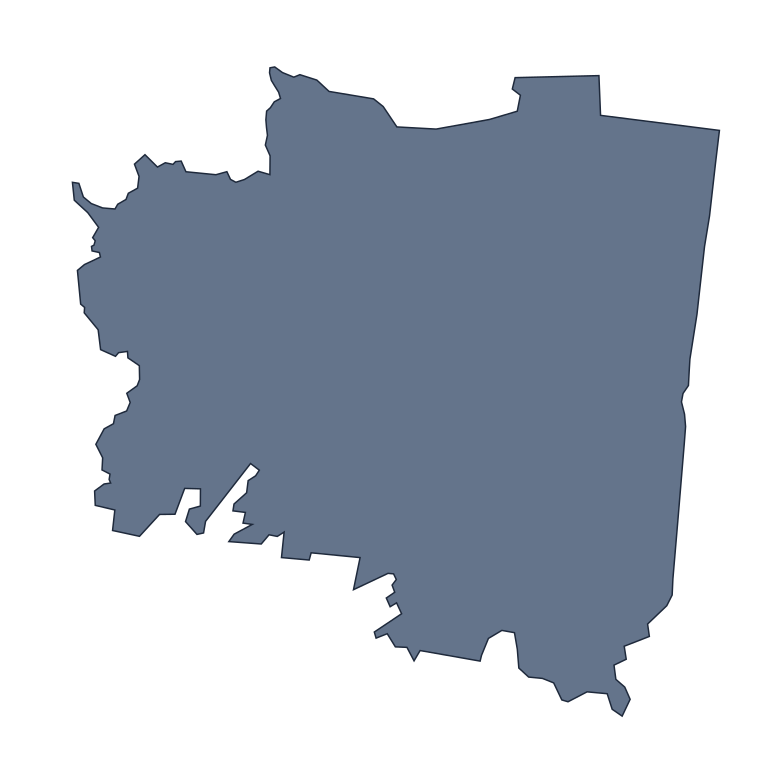 the district of Farish, Jizzakh, Uzbekistan, rotated 93°
{"feature_id": "79887680B52998751839701", "entity_name": "Farish", "entity_type": "district", "adm_level": 2, "iso_a3": "UZB", "parent_name": "Uzbekistan", "parent_adm1": "Jizzakh", "projection": "robinson", "projection_center": [67.349, 40.658], "detail": "fine", "context": "isolated", "style": "filled", "palette": "slate", "viewbox_px": 768, "rotation_deg": 93, "n_neighbors": 0, "source": "geoboundaries", "source_scale": "gbopen_adm2", "svg_char_len": 2414}
<svg xmlns="http://www.w3.org/2000/svg" viewBox="0 0 768 768"><g transform="rotate(93 384 384)"><path d="M79.5,484.2L82.3,490.1L78.3,501.7L73.1,509.7L74.2,514.4L79.2,514.6L86.7,512.4L91.7,509.0L98.1,504.5L104.3,502.3L107.9,508.3L114.0,511.9L117.6,515.5L126.3,515.8L133.8,514.8L141.8,513.4L151.6,515.0L162.1,509.7L180.9,508.9L178.1,520.9L187.1,534.1L190.3,542.5L187.7,548.0L180.2,552.0L183.8,562.8L182.4,592.9L172.0,598.2L172.8,603.8L175.7,606.2L174.5,614.0L179.2,621.6L167.5,634.7L177.5,644.7L189.5,639.5L201.3,640.3L206.9,649.3L213.2,651.3L218.4,659.3L223.3,661.8L222.9,674.3L219.1,685.8L213.0,694.0L199.6,699.2L198.9,705.7L216.7,702.9L228.4,688.8L242.5,677.2L253.1,682.6L256.1,679.9L260.5,680.9L261.9,683.3L266.4,682.5L267.6,675.1L272.0,673.8L280.4,689.4L286.6,696.1L320.1,691.1L323.2,687.0L328.6,687.1L344.8,672.3L364.5,668.8L370.4,653.6L366.6,650.7L364.9,641.9L371.3,641.1L378.5,629.3L392.3,628.3L398.7,630.4L406.7,640.4L415.7,636.5L424.4,639.6L429.5,650.9L437.8,652.1L443.4,661.1L459.3,668.6L472.4,661.1L484.6,661.1L488.3,652.9L493.7,653.5L497.2,651.8L498.5,658.3L506.0,667.4L520.3,666.0L523.9,646.2L544.5,647.4L548.9,620.2L526.0,601.3L525.0,585.9L498.7,577.6L498.3,561.8L515.5,561.0L519.1,571.8L531.8,575.0L544.0,562.9L542.2,556.4L530.5,555.0L470.4,513.1L476.6,504.0L482.4,507.4L487.6,514.6L499.8,515.5L511.7,527.5L518.6,528.2L519.5,515.7L530.3,517.5L531.1,508.2L541.8,525.8L549.5,530.7L550.2,498.2L540.6,490.9L541.8,482.6L537.1,476.0L562.7,477.3L563.7,449.5L556.4,447.9L558.6,398.8L591.0,403.7L572.9,370.1L573.1,364.5L578.6,361.5L584.4,365.4L591.4,362.4L597.6,370.5L606.1,366.2L601.9,360.0L612.5,354.4L632.2,380.7L638.2,378.6L633.2,367.7L645.9,358.9L645.8,347.3L658.9,339.5L648.3,334.0L655.7,273.5L649.8,272.4L632.6,266.4L623.9,253.4L625.5,240.7L641.9,237.0L660.6,234.5L669.1,224.2L669.7,210.4L673.6,198.9L690.2,189.9L691.7,183.6L680.8,165.1L681.6,144.9L696.9,139.1L703.2,128.8L686.0,121.7L674.1,127.7L666.8,137.0L652.7,139.6L646.2,127.7L633.3,130.4L622.2,105.8L609.9,108.2L590.6,90.0L579.7,85.2L576.9,85.2L563.7,85.3L502.1,83.3L427.4,81.0L410.7,80.6L398.4,82.3L386.3,86.0L377.8,84.9L369.6,79.9L355.1,79.9L343.1,79.8L298.0,75.1L280.7,74.1L229.9,71.1L199.1,67.7L146.1,64.5L113.2,62.3L104.4,181.8L64.8,185.5L71.2,269.1L82.7,271.3L88.5,262.9L104.6,265.2L114.3,292.5L126.7,345.3L126.6,384.6L107.0,399.3L99.8,409.3L94.7,454.2L84.0,467.0L79.5,484.2Z" fill="#64748b" stroke="#1e293b" stroke-width="1.5"/></g></svg>